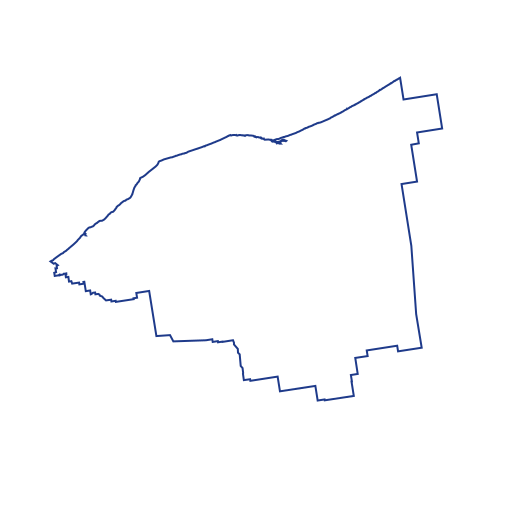 Northampton, Western Australia, Australia, rotated 81°
{"feature_id": "25037944B43886071852017", "entity_name": "Northampton", "entity_type": "district", "adm_level": 2, "iso_a3": "AUS", "parent_name": "Australia", "parent_adm1": "Western Australia", "projection": "equal_earth", "projection_center": [114.191, -27.828], "detail": "fine", "context": "isolated", "style": "outline", "palette": "blue", "viewbox_px": 512, "rotation_deg": 81, "n_neighbors": 0, "source": "geoboundaries", "source_scale": "gbopen_adm2", "svg_char_len": 6017}
<svg xmlns="http://www.w3.org/2000/svg" viewBox="0 0 512 512"><g transform="rotate(81 256 256)"><path d="M378.5,253.5L393.4,253.5L393.4,252.9L393.6,217.7L408.4,217.7L408.4,210.7L409.3,210.7L409.5,181.3L394.9,181.3L394.9,180.9L388.4,180.9L388.4,174.0L372.2,173.9L372.3,161.4L366.6,161.4L366.7,130.6L372.4,130.6L372.5,106.7L338.4,106.9L270.3,101.0L207.7,101.0L207.7,85.3L170.4,85.3L170.2,77.6L159.2,77.6L159.2,52.2L124.5,52.2L124.5,85.8L102.5,85.8L102.9,86.6L103.0,87.3L103.2,87.5L103.5,88.2L103.7,89.0L104.0,89.3L104.0,89.9L104.5,90.7L104.7,91.8L104.9,91.8L105.0,92.4L106.3,94.9L106.3,95.5L106.5,95.6L106.8,96.0L106.8,96.6L107.3,97.3L107.4,97.9L107.7,98.4L108.0,99.4L108.4,100.1L108.9,101.5L109.7,103.1L109.9,103.9L110.1,104.1L110.2,104.8L110.5,105.1L111.1,106.3L111.5,107.6L111.4,107.8L111.7,108.0L111.9,108.7L112.4,109.3L112.9,110.9L113.7,112.2L113.6,112.7L113.8,113.0L114.2,113.7L115.3,116.8L115.7,117.3L115.9,118.5L116.4,119.2L116.5,120.0L116.9,120.8L117.0,121.7L117.7,123.1L117.9,124.3L118.0,124.3L118.4,124.9L118.9,126.5L119.4,127.5L119.4,127.9L119.7,128.2L119.8,128.7L119.9,128.8L120.3,129.6L120.4,130.3L120.8,130.9L121.0,131.7L121.1,131.8L121.9,134.4L122.2,135.1L122.3,135.0L122.4,135.3L123.0,137.9L123.6,138.9L123.8,140.0L124.4,141.1L124.9,142.5L125.0,142.8L124.8,143.1L125.3,143.4L125.9,145.5L126.9,147.6L127.3,149.1L127.5,149.2L128.3,151.6L128.3,152.1L128.7,152.9L128.6,153.2L128.8,153.7L129.0,154.1L129.1,154.6L129.5,155.5L129.4,155.9L129.7,156.2L129.7,156.8L130.2,157.6L130.2,157.8L130.7,159.1L130.9,160.1L131.7,161.5L131.7,161.9L132.0,162.7L134.1,171.0L134.3,172.4L134.2,173.5L134.4,173.9L134.3,174.0L134.5,175.2L134.9,176.0L135.0,176.9L135.2,177.4L135.4,178.7L135.6,178.9L135.6,179.1L135.8,179.4L136.2,180.9L136.6,183.0L136.6,183.4L136.7,184.1L137.0,184.4L137.1,184.7L137.4,186.1L137.4,187.1L137.5,187.2L137.6,187.6L137.8,187.7L137.8,188.4L138.6,190.1L139.2,192.3L139.7,193.6L140.2,196.0L140.7,197.3L141.4,201.3L141.7,202.3L141.7,203.2L142.4,205.8L142.5,207.7L142.9,209.6L142.8,210.2L143.1,211.5L143.2,212.6L143.9,215.1L144.0,215.7L143.8,217.1L144.1,218.8L144.4,220.3L144.8,221.1L144.9,221.8L145.2,221.9L145.4,221.7L145.2,220.8L145.0,220.5L144.9,220.1L145.0,219.4L145.3,219.1L146.0,219.1L146.7,217.4L146.8,216.3L146.7,215.0L146.4,213.7L146.0,213.2L145.5,212.2L145.4,210.8L145.5,210.3L145.9,210.0L147.0,208.1L147.3,208.6L146.9,209.2L146.3,212.6L147.6,214.4L148.4,214.5L148.8,214.2L148.6,215.4L148.2,215.5L147.8,216.8L148.0,217.7L147.4,217.8L147.3,218.1L146.9,218.4L146.6,219.2L146.2,219.4L145.8,220.0L145.7,221.7L145.4,222.2L144.6,222.7L144.7,222.2L144.3,222.5L143.9,222.2L143.7,222.3L143.4,223.4L143.4,224.1L142.9,225.3L142.5,229.2L142.0,229.8L141.2,229.9L141.2,231.2L140.9,232.2L140.5,232.6L140.2,232.4L140.1,232.6L139.9,232.4L139.7,232.6L139.5,233.3L139.6,233.9L139.2,234.9L138.8,235.4L138.7,236.7L138.8,236.9L138.4,237.2L138.3,237.7L138.4,237.9L138.3,238.0L138.2,238.2L138.1,238.6L138.0,238.8L137.7,238.7L137.7,239.0L137.0,239.4L136.2,242.0L136.0,243.4L135.8,243.8L135.7,244.4L135.4,244.9L135.2,246.3L135.2,247.2L135.3,247.4L135.2,247.9L135.6,248.2L135.0,249.2L135.0,249.5L134.9,249.5L134.5,251.0L134.5,251.5L134.0,252.7L133.9,253.6L134.0,253.8L133.9,254.2L134.0,254.6L134.1,255.8L133.6,256.2L133.7,256.3L133.6,256.9L133.2,257.7L133.0,258.9L132.9,260.6L133.1,261.8L132.5,262.4L132.7,263.0L132.7,263.7L133.1,264.3L133.1,264.9L133.4,265.4L133.4,265.7L133.8,266.5L134.1,267.7L135.6,272.7L135.8,273.1L135.9,273.8L136.9,278.2L137.1,278.5L137.3,280.0L138.1,283.0L138.1,283.3L138.6,285.8L139.0,287.4L139.0,287.7L139.1,288.6L139.7,289.4L139.7,289.7L139.4,290.0L140.0,292.4L142.1,305.1L142.4,306.7L143.1,308.3L143.1,308.5L143.3,309.2L143.2,309.9L143.5,310.5L143.5,312.8L143.9,314.0L143.8,315.0L144.0,315.8L144.1,316.8L144.4,317.9L144.6,319.0L144.5,319.6L144.9,320.7L144.9,321.2L145.4,323.5L145.3,324.7L146.2,331.9L146.9,334.3L147.3,336.6L147.7,337.3L149.3,338.2L150.5,339.2L151.9,341.1L156.2,348.8L158.8,352.8L160.0,355.2L160.7,357.6L161.1,358.4L161.8,358.5L163.9,359.9L164.5,360.5L165.3,361.6L166.6,362.7L167.3,363.8L167.7,363.9L169.4,365.4L172.0,366.8L174.6,368.0L175.2,368.4L175.5,368.4L177.2,369.7L178.5,370.8L178.8,371.2L179.8,373.5L179.9,374.3L180.1,375.2L180.9,376.3L180.9,377.3L181.2,378.3L182.9,381.4L183.3,381.7L184.2,383.0L184.8,384.5L185.8,386.0L186.2,386.1L187.4,387.2L187.8,387.8L188.4,388.2L189.8,390.0L190.0,390.4L190.1,391.9L190.6,392.9L191.5,393.9L192.0,395.2L192.9,396.0L195.3,398.9L196.4,400.6L197.1,402.6L196.9,404.0L196.9,405.2L197.2,405.5L198.0,407.2L198.4,407.6L198.6,408.4L199.6,410.4L200.4,411.1L201.2,412.4L201.4,413.6L201.8,415.1L201.7,416.1L202.2,417.3L204.3,420.1L205.5,421.4L206.2,421.9L206.7,421.9L206.8,421.4L207.4,420.9L207.5,421.0L207.3,421.2L207.5,421.3L208.7,421.2L209.1,421.3L209.2,421.2L209.2,421.3L209.4,421.4L207.0,421.4L206.8,421.9L208.0,423.7L208.6,425.0L209.2,425.9L210.4,426.9L212.5,429.7L213.2,430.3L214.4,432.0L216.2,434.7L219.0,439.4L219.5,440.0L220.4,441.7L221.1,442.6L222.1,445.1L223.0,446.2L223.4,448.0L226.0,453.2L227.6,456.2L228.4,457.0L228.6,457.7L228.6,458.3L229.2,459.8L232.0,457.0L231.6,455.5L234.1,453.2L234.6,454.5L237.0,454.5L237.1,455.3L236.9,456.0L240.7,456.0L241.0,457.9L244.2,457.9L244.2,454.2L243.7,453.0L244.4,453.0L244.1,450.9L244.2,450.0L244.2,449.8L243.4,448.5L243.6,447.7L243.5,446.1L244.6,446.2L244.6,447.1L247.3,447.1L247.3,444.6L252.0,444.7L252.0,442.3L254.5,441.9L254.6,434.9L256.4,434.9L256.4,430.5L254.6,430.5L254.6,429.6L264.1,429.6L264.1,425.2L268.0,425.2L267.9,424.6L266.8,422.7L266.9,420.6L268.7,420.6L268.8,417.7L269.7,416.6L270.7,416.5L272.0,414.2L273.6,413.3L276.4,411.1L276.5,405.9L278.3,405.9L278.3,401.6L279.4,401.6L279.5,383.6L278.6,383.6L278.6,380.0L273.8,380.0L273.8,367.0L319.5,366.9L320.7,353.3L327.4,351.0L331.4,318.6L331.4,312.2L334.1,312.2L334.1,307.0L335.3,307.0L335.3,302.5L335.6,302.5L335.6,291.9L338.3,291.3L339.9,291.6L344.9,288.5L348.7,288.9L350.6,287.5L362.2,288.3L364.6,286.8L369.6,287.0L370.2,287.3L376.7,287.4L376.8,281.1L378.4,281.1L378.5,253.5Z" fill="none" stroke="#1e3a8a" stroke-width="2"/></g></svg>